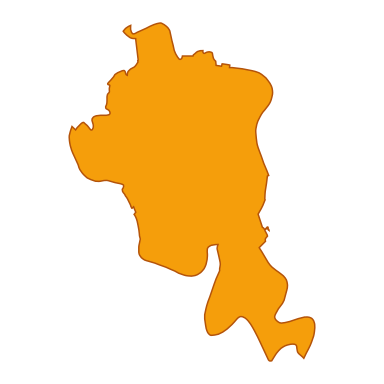 Thanh Ha, Hải Dương, Vietnam (Equal Earth projection)
{"feature_id": "81297802B77309747732529", "entity_name": "Thanh Ha", "entity_type": "district", "adm_level": 2, "iso_a3": "VNM", "parent_name": "Vietnam", "parent_adm1": "Hải Dương", "projection": "equal_earth", "projection_center": [106.42, 20.888], "detail": "fine", "context": "isolated", "style": "filled", "palette": "amber", "viewbox_px": 384, "rotation_deg": 0, "n_neighbors": 0, "source": "geoboundaries", "source_scale": "gbopen_adm2", "svg_char_len": 5919}
<svg xmlns="http://www.w3.org/2000/svg" viewBox="0 0 384 384"><path d="M269.0,230.4L268.9,229.8L268.1,228.5L268.0,228.2L268.1,227.4L267.9,227.1L267.5,227.0L267.3,227.0L266.6,227.7L265.6,228.8L265.2,229.0L264.7,229.1L264.4,229.0L264.0,228.8L263.6,228.0L262.4,227.3L262.3,227.0L258.1,214.1L261.3,208.5L262.8,205.5L265.1,199.8L264.8,198.9L265.0,194.3L265.2,191.8L265.3,190.9L266.5,183.3L267.4,176.0L268.7,175.5L267.0,171.0L263.7,163.2L261.4,156.5L259.7,152.0L258.1,147.6L257.3,144.9L256.9,143.0L256.3,138.3L255.8,132.9L255.7,130.6L255.9,128.8L256.8,124.3L257.9,121.0L259.8,117.2L261.4,114.3L262.8,112.2L264.7,110.0L268.2,105.5L269.4,103.7L270.4,101.8L271.2,99.7L271.9,97.0L272.5,94.2L272.6,92.7L272.5,90.8L272.1,88.2L271.4,86.1L270.0,83.4L268.0,80.6L265.9,77.9L261.6,74.4L259.0,72.8L255.3,71.5L252.1,70.7L242.3,68.8L232.2,67.6L229.5,67.6L229.8,65.1L229.1,64.9L227.0,64.5L222.8,63.9L222.1,63.9L221.5,66.2L216.1,65.4L215.7,61.2L215.1,60.7L214.3,59.8L213.6,58.7L213.2,57.4L212.8,55.8L212.4,53.4L212.2,52.9L211.8,52.5L210.8,52.1L209.2,51.8L207.7,52.0L206.8,52.2L204.6,53.3L204.2,53.4L203.8,53.3L203.5,53.1L203.1,52.6L202.9,52.0L202.8,51.2L202.9,50.6L200.2,50.7L197.6,51.5L196.5,52.2L195.2,53.4L194.4,54.1L193.7,54.6L193.3,55.0L193.1,55.8L193.0,56.0L182.4,56.0L182.2,57.0L181.7,58.5L181.4,58.7L180.6,59.3L179.9,59.4L179.2,59.1L177.6,57.1L175.8,54.1L175.0,52.3L174.2,50.3L173.1,45.2L171.9,40.6L171.0,36.4L169.8,30.9L169.2,29.7L168.0,27.9L166.5,26.4L164.1,24.6L161.5,23.2L160.6,23.0L159.5,23.1L157.0,23.6L153.9,24.6L150.2,26.2L146.1,28.3L137.0,32.4L135.3,33.4L134.4,33.7L133.7,33.9L133.2,33.8L132.6,33.7L131.7,32.6L131.3,31.8L130.6,29.5L130.6,27.0L130.7,25.4L128.5,26.4L126.1,28.0L125.3,28.7L123.2,31.2L123.9,32.2L124.6,33.0L126.7,35.1L129.2,37.0L130.4,37.8L131.9,38.3L133.1,38.5L135.7,38.6L135.8,40.1L138.2,60.1L137.8,60.4L137.7,60.7L138.0,62.0L137.3,63.1L136.3,64.7L135.2,66.1L134.3,67.0L130.6,69.0L129.1,70.4L128.1,71.5L127.6,72.7L127.4,73.7L127.3,75.3L126.6,75.0L126.1,74.5L125.7,73.7L125.5,72.8L125.1,71.6L124.8,71.1L124.4,70.7L124.0,70.5L123.8,70.5L123.1,70.6L122.1,70.8L117.7,72.7L115.0,74.5L114.4,75.4L113.7,76.7L110.8,80.1L108.6,82.4L107.8,83.4L107.7,83.7L107.7,83.9L107.9,84.4L108.3,84.7L109.5,85.0L109.8,85.4L109.8,85.6L109.7,86.4L109.4,87.9L109.3,88.7L109.4,91.5L109.4,91.8L109.2,92.4L108.1,93.6L107.6,94.2L107.4,94.8L107.2,95.7L107.0,96.9L107.0,101.0L106.9,102.8L106.7,103.8L106.4,105.0L105.7,106.5L105.7,107.5L105.8,108.1L106.2,108.7L106.7,109.0L108.5,110.0L109.3,110.9L109.7,111.6L109.9,112.3L110.1,113.0L110.0,113.6L109.6,114.2L109.0,114.7L108.3,114.9L106.3,115.3L100.5,115.3L96.2,115.8L94.4,116.5L93.5,117.0L92.6,118.1L92.1,118.9L92.0,120.5L92.3,121.5L93.1,124.2L93.3,125.4L93.3,126.8L93.1,128.0L92.5,129.2L92.1,129.8L91.6,130.0L91.1,130.0L90.6,129.7L89.7,128.7L88.6,127.2L87.2,125.5L85.3,123.9L83.8,122.5L83.2,122.4L82.2,122.8L81.2,123.5L77.1,127.7L75.6,129.9L72.0,126.5L70.6,130.5L70.0,132.7L69.3,135.5L69.2,137.2L69.4,140.2L69.7,142.6L70.3,145.7L71.5,149.8L72.7,152.9L77.2,162.7L78.1,164.7L78.9,167.4L79.8,169.5L82.0,172.7L83.5,174.5L85.6,176.5L87.2,177.9L90.8,179.6L95.4,181.2L99.0,181.4L100.5,181.2L104.1,180.5L106.5,180.4L108.1,180.6L115.0,182.6L120.4,183.7L122.0,184.2L123.1,184.7L123.5,185.1L123.6,186.5L123.3,187.5L122.9,188.4L122.3,189.2L122.3,189.6L122.4,190.3L122.5,191.1L122.7,191.6L123.3,192.6L124.6,194.2L125.0,194.9L125.3,195.7L126.6,197.4L127.5,198.9L130.3,204.6L130.7,205.6L130.8,206.2L131.8,208.2L132.0,208.3L132.1,208.2L133.6,206.8L134.5,209.2L135.8,212.2L134.1,214.4L134.9,215.5L135.9,217.5L136.6,219.3L137.2,221.3L138.1,225.6L138.9,230.0L139.3,233.5L139.5,235.9L140.3,239.0L139.0,245.3L138.8,247.0L138.8,252.1L139.1,253.9L139.5,254.9L140.1,255.9L141.4,257.7L143.2,259.1L144.6,260.0L146.3,260.6L154.6,263.0L159.5,264.9L166.0,267.2L170.4,269.2L174.7,271.0L178.7,273.2L184.1,275.1L186.0,275.6L188.3,275.9L191.4,276.1L192.9,275.9L195.2,275.5L197.5,274.6L200.6,272.6L202.0,271.2L203.8,269.1L204.6,267.7L205.4,266.0L206.1,264.1L207.1,259.5L207.4,256.0L207.4,254.0L207.2,251.9L207.3,249.3L207.4,248.6L207.9,247.7L208.4,247.0L209.9,246.0L211.3,245.3L215.4,244.6L218.0,244.5L217.4,246.5L217.1,248.2L217.2,249.3L217.5,250.5L218.9,256.5L220.1,262.1L220.3,264.3L220.1,266.0L219.6,269.0L219.7,270.2L219.4,271.4L216.1,278.8L214.2,284.0L209.9,296.6L208.0,301.6L206.7,305.8L205.9,309.0L204.7,314.7L204.7,316.6L204.7,318.9L205.6,325.2L206.2,328.5L206.9,330.7L207.7,332.5L208.5,333.6L209.2,334.3L209.9,334.9L210.8,335.3L211.9,335.3L214.8,335.0L218.4,334.2L222.7,332.1L227.1,329.0L232.0,324.5L234.4,321.9L236.9,319.0L238.0,317.9L239.0,317.2L239.9,316.7L240.7,316.6L241.5,316.6L242.7,316.8L245.1,318.0L246.7,319.3L248.2,320.9L250.6,324.1L252.5,327.2L254.6,331.0L257.7,337.0L259.6,341.0L267.7,358.3L268.4,359.8L269.0,360.5L269.4,360.8L270.1,361.0L271.1,360.9L271.7,360.8L272.7,359.2L275.5,354.7L276.7,353.0L278.7,350.6L281.0,348.3L283.0,347.0L284.9,345.9L287.4,345.0L290.4,344.3L292.2,344.1L294.4,344.2L295.6,344.7L296.4,345.5L296.7,346.7L296.9,348.5L297.3,350.9L297.6,352.0L298.6,353.5L302.6,357.0L303.8,358.3L306.2,353.3L308.4,349.1L310.2,345.4L311.4,342.5L313.6,336.1L314.0,334.3L314.4,331.9L314.8,327.8L314.7,324.6L314.5,323.3L313.7,320.9L312.9,319.6L311.9,318.5L310.9,317.9L309.3,317.3L307.4,317.0L304.4,317.1L298.4,318.6L289.7,321.5L285.0,322.6L281.3,323.1L279.5,322.7L277.6,321.5L276.5,320.5L275.6,319.5L275.0,318.4L274.7,317.3L274.7,316.5L275.0,315.3L275.7,313.7L278.4,308.8L282.4,303.5L284.1,300.2L286.7,290.5L287.3,288.0L287.5,285.5L287.4,284.1L287.0,281.9L286.4,280.0L285.2,278.0L283.4,275.9L281.7,274.5L278.4,272.0L276.1,270.4L272.0,267.1L270.1,265.1L268.1,262.4L261.7,251.6L259.3,247.9L259.2,247.6L265.5,241.3L265.3,240.4L265.3,239.4L265.5,238.6L266.0,237.9L267.5,236.1L267.1,234.7L264.9,230.5L264.7,229.6L265.3,229.5L265.8,229.3L266.2,228.9L266.8,228.1L267.3,227.6L267.5,227.6L267.5,228.5L267.6,228.8L268.2,229.6L268.4,230.0L269.0,230.4Z" fill="#f59e0b" stroke="#b45309" stroke-width="1.5"/></svg>